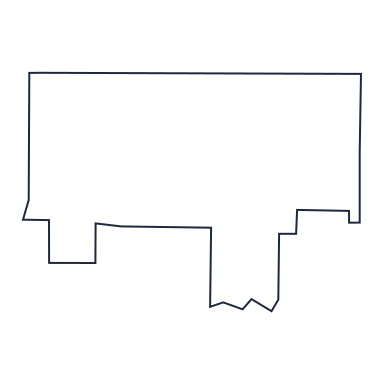 outline of Forest, Pennsylvania, United States of America
{"feature_id": "52423323B60692344141753", "entity_name": "Forest", "entity_type": "district", "adm_level": 2, "iso_a3": "USA", "parent_name": "United States of America", "parent_adm1": "Pennsylvania", "projection": "orthographic", "projection_center": [-79.21, 41.475], "detail": "fine", "context": "isolated", "style": "outline", "palette": "slate", "viewbox_px": 384, "rotation_deg": 0, "n_neighbors": 0, "source": "geoboundaries", "source_scale": "gbopen_adm2", "svg_char_len": 415}
<svg xmlns="http://www.w3.org/2000/svg" viewBox="0 0 384 384"><path d="M361.0,73.9L40.4,72.8L29.3,72.9L28.7,200.0L23.0,219.7L49.0,220.1L49.1,262.9L95.4,263.0L95.6,223.4L121.1,226.4L211.1,227.7L210.1,306.8L223.2,302.4L242.6,309.3L251.5,299.1L271.5,311.2L278.3,299.7L279.1,233.8L296.1,233.8L297.1,209.9L349.0,210.9L349.1,222.7L359.7,222.6L359.7,152.0L361.0,73.9Z" fill="none" stroke="#1e293b" stroke-width="2"/></svg>